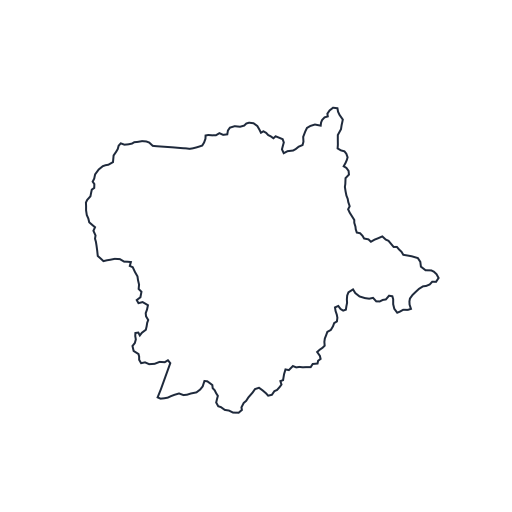 the district of Piedade, São Paulo, Brazil, rotated 290°
{"feature_id": "56859067B69793301724328", "entity_name": "Piedade", "entity_type": "district", "adm_level": 2, "iso_a3": "BRA", "parent_name": "Brazil", "parent_adm1": "São Paulo", "projection": "orthographic", "projection_center": [-47.435, -23.801], "detail": "fine", "context": "isolated", "style": "outline", "palette": "slate", "viewbox_px": 512, "rotation_deg": 290, "n_neighbors": 0, "source": "geoboundaries", "source_scale": "gbopen_adm2", "svg_char_len": 4158}
<svg xmlns="http://www.w3.org/2000/svg" viewBox="0 0 512 512"><g transform="rotate(290 256 256)"><path d="M315.6,90.4L312.7,89.2L309.2,89.5L306.0,88.9L301.8,87.8L295.3,89.5L291.3,86.1L289.8,83.5L288.0,81.3L283.5,78.6L277.7,76.9L273.4,77.5L270.0,77.1L268.3,79.5L264.6,80.7L262.2,79.0L259.3,79.4L255.5,80.0L251.0,78.2L248.1,77.9L244.7,79.3L240.8,80.7L236.6,83.0L233.9,85.6L230.6,87.8L229.0,92.0L228.0,94.9L224.1,94.6L220.4,98.2L217.2,98.8L214.6,100.7L211.2,102.6L206.6,105.0L201.9,107.3L200.3,111.4L199.0,114.4L201.0,117.4L202.6,120.3L205.0,124.2L206.5,129.1L205.6,134.0L206.7,137.3L207.5,140.5L203.5,140.8L203.3,144.0L199.6,147.7L196.3,151.6L193.1,153.3L189.1,155.9L184.9,157.0L183.2,160.6L177.7,161.5L173.8,159.0L171.5,161.7L173.9,165.2L173.4,168.1L172.8,171.3L168.5,171.9L164.6,171.9L161.7,173.3L159.0,176.6L156.0,176.6L152.4,177.3L149.0,177.7L144.8,175.0L141.6,174.0L143.8,171.6L142.4,169.0L139.5,169.9L136.5,171.6L132.8,171.9L129.2,170.7L124.9,173.5L123.7,179.1L121.5,180.6L118.5,181.7L116.0,184.7L118.1,188.1L117.8,192.6L120.0,197.6L123.5,201.6L125.0,206.6L127.9,208.9L126.0,212.1L98.4,212.2L89.5,211.9L89.3,215.1L90.9,218.4L92.7,221.5L95.3,224.1L97.7,226.9L100.5,230.7L100.5,235.4L102.1,238.7L104.5,241.8L107.5,246.7L111.4,249.2L115.2,250.5L120.9,250.3L121.6,253.1L120.7,256.2L119.8,259.1L117.0,260.5L115.7,263.1L113.5,265.4L111.5,268.0L108.1,268.3L104.7,268.7L101.9,271.9L102.0,274.7L100.7,279.3L101.5,283.4L101.0,288.0L102.8,293.3L106.5,295.4L108.8,294.1L113.7,294.7L116.5,296.3L120.5,297.2L126.5,299.5L130.6,300.6L133.2,303.9L132.0,308.1L130.4,312.4L128.9,315.2L131.0,318.4L135.3,319.5L137.3,321.6L141.1,323.1L143.9,323.9L146.8,321.7L148.6,323.9L154.5,322.8L159.5,322.5L160.0,325.9L165.2,328.3L165.1,331.9L166.6,334.7L167.4,338.0L168.8,341.3L170.3,345.4L173.9,346.2L176.0,350.6L178.8,350.2L181.4,351.9L184.0,350.2L186.7,346.3L189.7,347.9L192.5,349.9L195.2,351.2L198.7,349.6L202.0,348.9L205.3,349.0L209.1,349.0L212.1,351.6L216.3,352.4L219.7,352.4L222.2,354.4L225.8,353.6L228.5,352.0L231.5,349.6L234.7,347.8L237.2,350.4L235.1,353.6L234.5,356.6L236.3,358.8L239.8,358.1L243.1,357.6L246.4,356.2L250.1,355.2L253.5,355.3L257.8,358.6L255.1,362.0L253.4,367.1L253.7,372.8L254.6,377.0L256.7,380.3L254.5,384.5L255.6,387.8L258.1,390.2L259.6,392.9L264.2,394.6L264.8,397.9L262.3,399.7L257.6,401.4L253.7,404.0L251.0,408.1L252.9,410.2L255.8,412.7L257.3,417.1L259.3,419.7L262.9,416.9L265.8,415.7L268.7,415.2L272.9,416.4L276.6,418.2L280.9,420.4L284.6,423.3L286.1,426.2L288.7,429.0L292.1,430.4L293.3,434.0L297.8,435.1L300.7,431.8L302.1,428.5L302.4,425.6L300.6,420.2L302.4,414.6L306.7,412.4L309.4,408.8L309.0,402.5L308.4,398.9L307.5,394.0L309.7,391.3L311.1,388.1L312.7,385.3L311.6,382.2L313.8,378.4L315.6,375.3L315.8,372.3L317.6,368.0L314.1,364.3L312.0,361.9L308.7,359.1L310.1,356.0L309.4,351.6L311.4,349.2L313.0,346.0L312.5,342.7L315.2,340.6L317.6,339.4L320.8,337.0L323.5,336.0L325.6,333.3L328.8,329.2L331.4,326.6L334.8,327.0L338.2,324.3L341.1,322.6L343.7,320.3L347.3,318.1L351.3,315.9L354.2,315.3L359.8,313.5L364.3,315.5L367.6,313.9L369.7,310.8L370.3,307.7L374.1,308.3L377.4,308.5L380.1,308.3L383.0,305.9L384.6,303.3L384.3,299.7L385.0,295.9L388.5,294.9L393.8,292.9L397.7,291.5L404.2,292.5L408.2,291.7L411.3,291.3L413.9,290.9L417.2,286.2L419.7,283.7L422.7,282.0L421.7,277.7L418.0,275.4L414.2,274.4L411.7,275.7L409.7,273.0L406.4,271.6L403.7,271.5L400.6,272.2L399.7,266.4L396.8,262.6L393.8,260.1L389.9,259.7L384.1,259.6L379.6,261.5L376.2,261.8L373.3,258.7L370.0,256.7L367.8,254.8L365.3,249.8L362.1,246.9L365.1,243.9L368.4,243.6L372.2,243.3L374.9,241.1L375.2,233.5L372.6,232.1L373.5,228.9L373.8,226.1L375.2,223.4L375.7,220.3L373.5,218.5L375.9,216.0L378.6,212.8L379.9,208.3L378.9,203.9L377.2,201.6L374.5,200.3L372.0,196.8L370.7,191.6L367.7,187.6L364.3,186.7L360.5,187.4L358.6,183.7L358.9,179.6L355.8,177.1L354.4,173.5L353.4,169.8L352.0,167.4L348.9,168.4L344.9,168.4L341.4,167.7L339.4,165.2L337.6,162.8L335.5,159.7L334.0,157.0L333.2,153.4L332.3,150.5L331.1,146.1L329.8,141.2L326.1,128.3L324.9,124.1L324.2,121.3L326.1,116.8L326.1,113.7L325.0,109.7L322.7,105.7L321.3,102.7L319.2,101.0L317.2,97.7L315.6,94.3L315.6,90.4Z" fill="none" stroke="#1e293b" stroke-width="2"/></g></svg>